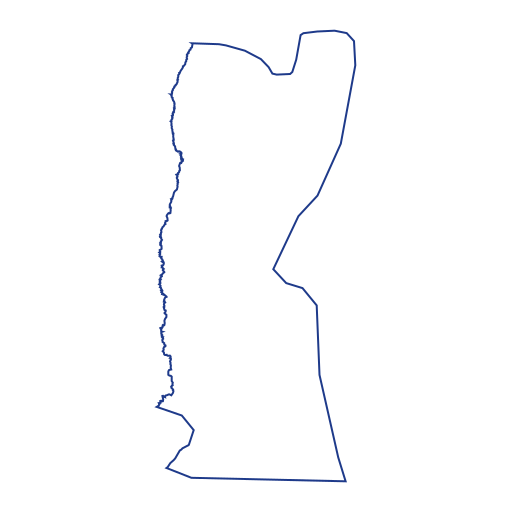 outline of Itsandra-Hamanvou, Andjazîdja, Comoros
{"feature_id": "10938185B82482804134728", "entity_name": "Itsandra-Hamanvou", "entity_type": "district", "adm_level": 2, "iso_a3": "COM", "parent_name": "Comoros", "parent_adm1": "Andjazîdja", "projection": "mercator", "projection_center": [43.266, -11.611], "detail": "fine", "context": "isolated", "style": "outline", "palette": "blue", "viewbox_px": 512, "rotation_deg": 0, "n_neighbors": 0, "source": "geoboundaries", "source_scale": "gbopen_adm2", "svg_char_len": 6033}
<svg xmlns="http://www.w3.org/2000/svg" viewBox="0 0 512 512"><path d="M346.7,33.1L334.6,30.7L317.3,31.5L303.4,33.2L300.6,35.1L296.2,59.7L292.3,72.0L290.1,74.0L276.7,74.6L272.4,73.6L268.6,67.1L260.9,59.1L244.9,50.7L226.0,45.4L219.0,44.2L192.0,43.3L192.6,43.7L191.9,47.4L190.7,48.2L190.5,49.6L189.4,50.2L189.1,51.3L188.3,52.3L188.6,52.9L187.8,53.3L187.6,54.0L186.9,54.5L186.8,54.9L187.2,55.2L187.2,56.4L186.7,57.1L186.7,57.9L187.1,58.9L186.2,59.9L186.2,61.3L185.4,62.3L185.2,64.2L183.6,66.1L182.9,66.3L182.9,67.3L182.3,68.5L180.7,70.7L179.9,72.5L179.2,72.9L179.5,73.5L178.7,74.7L178.2,75.1L178.3,76.8L177.7,78.0L177.8,79.1L177.5,79.6L177.9,79.9L177.4,80.5L177.6,81.4L177.4,82.5L176.8,83.3L176.8,83.8L176.2,84.6L175.6,84.9L175.6,85.5L174.5,86.3L174.5,87.0L174.1,87.2L174.1,87.7L172.8,89.3L172.9,90.1L172.5,90.5L172.1,91.3L172.2,91.9L171.9,92.2L172.1,93.1L171.8,94.4L171.0,94.4L171.5,94.7L171.3,95.1L171.7,95.3L171.6,96.9L172.7,98.0L172.4,98.7L173.2,100.3L173.1,100.5L174.0,101.6L174.4,102.8L174.3,103.6L174.6,103.9L174.3,105.7L174.6,106.8L174.2,107.2L174.6,107.5L174.6,108.0L174.2,108.5L174.5,108.8L174.0,109.2L174.2,109.9L174.1,110.8L173.5,111.5L174.0,112.1L173.6,112.7L173.0,112.7L172.6,113.4L172.7,114.5L173.0,114.7L173.0,115.1L172.1,115.7L172.5,116.0L172.5,116.7L172.2,116.9L172.5,117.7L172.1,118.0L172.3,118.8L171.5,119.7L171.5,120.7L170.8,121.2L171.5,121.6L171.3,122.5L171.6,124.1L171.3,125.0L171.9,126.5L171.7,127.3L171.8,128.5L172.4,129.5L172.3,130.9L172.6,131.5L172.6,132.6L173.2,133.1L172.9,133.6L173.3,133.9L173.0,134.3L173.3,134.8L173.2,136.7L173.7,139.2L173.5,139.3L173.6,139.8L173.1,140.4L173.5,140.8L173.2,141.2L173.6,142.4L173.4,143.3L173.9,143.4L174.0,144.7L173.8,144.9L175.1,146.4L175.3,148.3L175.7,148.9L175.5,149.5L175.9,150.3L176.3,150.2L176.7,150.9L178.0,151.7L178.4,151.3L179.7,151.3L180.3,152.2L180.8,152.1L181.5,152.9L181.5,153.3L180.5,153.8L181.0,154.0L180.6,155.0L181.2,155.1L180.9,156.8L181.4,157.0L181.2,157.5L181.5,157.9L181.3,158.5L181.0,158.8L181.3,159.6L182.4,158.8L182.7,159.3L183.0,159.4L182.8,159.9L183.0,160.8L181.7,161.9L181.3,162.9L180.6,162.6L180.1,163.0L179.1,166.0L179.7,167.5L179.9,170.3L179.2,171.0L179.2,171.8L178.8,172.6L178.1,172.9L177.8,174.1L177.0,174.4L177.5,174.7L176.9,175.0L177.2,175.2L177.5,176.6L177.0,177.0L177.1,177.4L176.8,177.7L176.9,178.5L177.9,179.9L178.0,180.4L177.4,181.1L177.9,181.6L177.7,182.2L178.1,182.5L177.5,183.7L177.7,184.2L177.3,185.7L177.6,186.6L176.9,189.5L174.9,191.2L174.0,192.6L173.0,196.7L172.5,197.3L172.5,198.2L171.3,198.9L171.8,199.3L171.2,199.8L171.2,200.6L171.4,200.8L171.2,201.9L169.8,204.4L169.8,205.2L170.2,206.2L169.7,206.3L169.7,207.2L170.4,207.1L171.0,208.0L170.5,208.8L170.7,210.1L170.4,213.0L169.7,213.4L168.9,213.0L168.2,213.4L166.8,215.3L166.6,216.2L167.4,218.0L167.6,220.5L167.1,220.9L165.6,221.1L165.6,221.8L165.0,223.0L165.5,224.0L164.6,224.6L163.5,226.4L162.4,227.3L162.0,228.7L161.6,228.9L161.5,229.4L161.0,230.2L161.3,230.9L161.4,232.1L161.1,232.4L161.2,232.7L160.8,233.5L160.9,234.1L160.2,234.6L160.7,235.3L160.1,236.0L160.6,236.3L160.8,236.7L160.0,236.8L160.0,237.0L161.1,237.9L161.2,238.7L162.0,239.9L161.4,240.6L161.2,241.4L160.8,241.5L160.8,242.1L160.4,242.6L160.9,242.8L160.9,243.1L160.4,243.3L160.8,244.0L160.2,244.4L160.3,245.1L161.5,245.9L161.6,248.6L161.4,249.2L159.7,250.0L159.8,251.0L160.2,251.7L159.4,252.4L160.1,252.7L159.9,253.3L160.2,253.7L160.2,254.2L159.5,254.7L159.8,255.4L159.5,256.2L160.1,256.7L161.6,256.8L161.5,257.6L161.1,257.9L161.3,258.5L162.3,259.4L162.9,260.8L162.1,261.3L162.5,261.5L162.9,261.2L163.3,261.7L162.8,262.2L163.8,262.8L163.8,263.7L163.4,264.8L163.1,265.2L161.6,265.6L161.6,265.9L162.2,266.6L161.8,267.4L162.3,267.5L163.7,268.9L162.9,269.5L162.8,270.4L164.2,271.7L164.3,272.3L163.2,273.0L162.2,274.3L161.0,275.1L161.7,275.4L161.9,276.3L160.6,277.2L160.6,278.2L160.0,278.9L160.6,279.4L159.6,280.0L160.3,280.9L160.2,281.3L159.7,281.7L159.7,282.3L160.4,283.0L159.1,284.3L160.0,284.9L160.6,285.9L159.9,287.2L160.9,287.7L161.0,288.5L161.5,289.2L161.3,289.7L161.9,289.9L162.4,290.6L162.4,290.9L161.9,291.3L161.4,291.2L161.8,291.9L161.5,292.3L162.0,292.5L162.3,293.1L162.1,293.9L163.2,293.7L163.5,294.0L163.5,294.8L164.4,294.8L166.6,296.7L166.6,296.9L165.6,297.1L164.8,298.1L164.0,300.2L164.3,300.6L164.0,301.3L164.5,301.3L165.2,302.5L164.2,303.1L163.9,304.5L164.4,305.5L164.0,306.4L164.4,306.9L164.3,307.2L163.7,307.3L164.5,310.0L165.7,310.5L165.6,311.7L164.5,313.0L164.6,313.3L166.4,314.8L166.4,317.0L165.1,318.8L164.6,320.1L164.4,320.9L164.7,323.0L164.4,325.0L163.8,325.5L162.9,325.0L162.7,325.2L162.5,327.3L160.3,328.1L160.5,328.5L161.5,328.9L161.1,329.6L161.2,331.4L162.3,331.7L161.4,332.0L161.2,333.1L161.5,333.4L161.4,334.1L162.3,335.1L161.6,335.9L162.2,336.7L162.9,337.0L162.4,337.5L162.9,337.7L163.2,338.8L162.4,339.6L162.3,340.4L162.6,341.1L162.6,342.0L164.2,343.1L164.3,344.6L165.5,345.4L165.4,346.3L164.0,347.1L163.4,348.6L163.7,349.6L163.3,350.6L162.7,351.2L163.9,352.5L164.2,354.4L165.0,355.0L166.2,355.0L166.7,354.8L167.1,355.4L168.0,355.8L169.9,355.6L170.6,356.4L170.5,357.4L170.1,357.9L170.7,358.0L170.9,358.6L170.6,359.1L170.9,359.7L170.0,361.3L170.6,363.0L170.3,364.0L170.9,365.2L170.7,367.9L171.2,369.5L169.1,370.0L168.6,370.8L168.3,371.6L168.3,374.8L169.4,375.6L170.8,375.8L171.7,376.6L171.7,381.0L172.8,382.7L172.4,384.0L172.7,385.2L171.7,385.9L171.2,386.7L171.6,387.1L171.4,387.8L173.1,389.5L172.8,390.1L173.4,390.9L173.4,391.4L172.9,393.0L171.3,395.3L169.5,394.4L168.8,394.4L166.5,395.4L165.7,395.5L164.8,396.3L165.0,397.1L163.7,396.6L163.0,395.8L162.4,396.0L163.2,399.5L162.9,401.2L161.8,401.4L161.5,400.8L161.1,400.7L160.2,401.1L160.6,402.0L160.5,402.9L158.8,403.1L159.4,404.4L159.0,404.8L158.8,405.6L156.7,406.9L181.8,415.5L193.7,430.1L188.9,444.7L188.6,445.1L182.5,448.3L181.2,449.7L179.8,450.5L175.2,458.4L173.7,460.1L170.3,463.1L167.7,467.1L166.5,468.0L191.4,477.8L345.6,481.3L338.2,457.3L319.5,374.9L316.7,305.4L302.5,288.1L286.2,283.1L273.3,269.2L298.4,216.2L317.5,195.6L340.8,143.7L355.3,65.3L354.0,41.1L346.7,33.1Z" fill="none" stroke="#1e3a8a" stroke-width="2"/></svg>